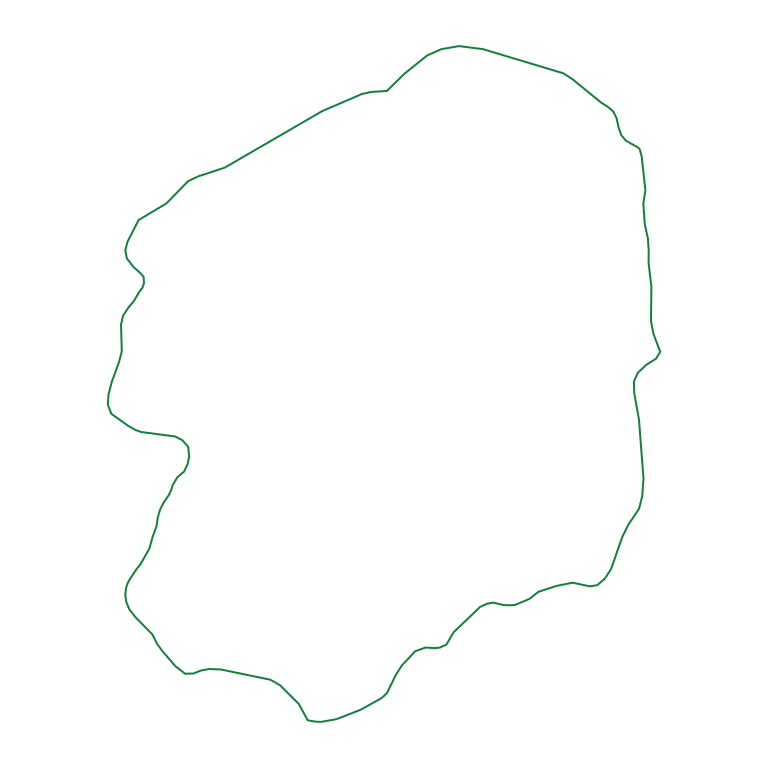 the border of Tochigi
{"feature_id": "JPN-1859", "entity_name": "Tochigi", "entity_type": "Prefecture", "adm_level": 1, "iso_a3": "JPN", "parent_name": "Japan", "parent_adm1": "", "projection": "mercator", "projection_center": [139.743, 36.672], "detail": "fine", "context": "isolated", "style": "outline", "palette": "green", "viewbox_px": 768, "rotation_deg": 0, "n_neighbors": 0, "source": "natural_earth", "source_scale": "10m", "svg_char_len": 1773}
<svg xmlns="http://www.w3.org/2000/svg" viewBox="0 0 768 768"><path d="M185.1,673.7L175.4,666.2L162.3,651.0L156.8,643.4L152.4,634.5L135.2,616.9L129.4,609.5L126.4,602.3L125.3,594.8L126.1,587.8L127.8,582.9L130.3,578.4L136.6,569.0L140.7,563.9L149.4,548.5L152.4,537.6L156.5,526.2L157.8,517.3L160.1,509.5L163.6,502.6L168.6,495.4L171.3,489.9L172.7,485.0L177.4,477.2L184.1,471.5L187.5,464.4L189.2,456.3L188.2,446.9L182.5,440.3L175.3,436.5L140.9,432.0L135.2,429.8L128.1,425.8L111.3,413.8L107.8,404.7L108.5,394.6L111.7,382.1L119.1,361.8L121.8,351.3L121.0,324.5L123.1,315.6L128.6,307.3L134.3,300.4L138.5,293.1L142.6,287.4L144.0,283.1L143.6,276.8L139.3,272.1L133.5,267.1L126.9,258.4L125.3,250.2L127.5,241.8L138.6,220.0L166.4,203.4L188.2,181.1L198.1,176.4L224.8,167.6L322.0,111.2L361.6,94.1L371.4,91.9L386.8,91.0L404.7,73.5L427.1,55.5L441.2,49.2L459.0,46.1L482.8,49.1L563.3,73.3L572.1,78.9L600.9,102.4L608.2,107.1L613.2,111.4L616.6,118.3L618.5,127.2L621.2,135.0L626.0,140.8L636.5,146.6L638.6,148.1L639.4,148.8L639.8,149.6L641.7,156.6L645.4,190.5L643.3,203.6L644.8,224.2L647.9,238.5L648.7,250.4L648.6,263.3L651.4,286.6L651.0,321.1L653.4,333.7L660.2,351.8L656.0,358.7L646.2,364.9L637.9,372.7L633.9,381.5L634.3,393.5L639.0,419.9L643.5,478.8L642.2,496.3L639.1,508.6L627.9,525.4L622.1,537.5L611.0,569.2L604.8,578.7L597.2,585.2L589.8,586.3L572.6,582.7L556.6,585.9L538.4,591.8L529.4,598.9L515.0,605.0L508.5,605.3L503.6,605.0L493.1,602.6L486.9,603.8L480.1,606.9L453.6,632.3L446.4,644.6L439.8,647.6L434.7,648.1L425.6,647.5L415.1,651.3L401.8,665.5L395.5,675.5L387.1,692.9L381.5,698.1L360.9,709.6L336.4,719.2L320.9,721.9L315.8,721.7L307.7,720.3L299.0,704.2L280.0,685.2L270.3,679.7L221.0,669.5L209.2,669.0L201.1,670.5L193.4,673.5L185.1,673.7Z" fill="none" stroke="#15803d" stroke-width="2"/></svg>